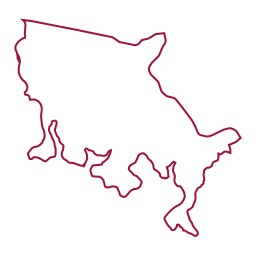 Lane Cove, New South Wales, Australia
{"feature_id": "25037944B47816389357030", "entity_name": "Lane Cove", "entity_type": "district", "adm_level": 2, "iso_a3": "AUS", "parent_name": "Australia", "parent_adm1": "New South Wales", "projection": "equal_earth", "projection_center": [151.169, -33.823], "detail": "fine", "context": "isolated", "style": "outline", "palette": "rose", "viewbox_px": 256, "rotation_deg": 0, "n_neighbors": 0, "source": "geoboundaries", "source_scale": "gbopen_adm2", "svg_char_len": 5823}
<svg xmlns="http://www.w3.org/2000/svg" viewBox="0 0 256 256"><path d="M22.9,20.0L23.9,20.9L24.6,22.0L25.2,23.3L25.5,24.6L24.8,34.3L25.2,36.0L25.0,37.7L23.7,38.1L21.8,39.0L19.4,40.7L17.7,42.6L16.3,44.5L15.7,45.8L15.4,47.1L15.4,48.3L15.5,49.4L16.8,52.5L17.6,56.3L17.5,57.2L17.7,58.6L18.1,59.4L18.3,56.2L18.5,55.9L19.3,57.7L19.8,60.4L20.0,61.6L18.9,67.3L18.7,69.7L18.7,71.3L18.9,73.1L19.6,75.1L21.2,78.1L23.0,80.4L24.4,81.3L25.6,82.7L26.5,84.2L27.2,86.0L27.4,87.8L26.9,89.7L26.6,90.3L24.8,92.5L24.8,93.4L25.1,94.4L25.5,94.7L27.4,95.0L28.6,95.6L29.4,97.0L29.9,99.7L30.2,99.8L32.3,99.5L33.7,99.5L34.6,99.6L35.9,100.0L38.3,101.3L39.2,102.1L40.1,103.3L40.9,104.8L41.6,107.1L41.8,108.7L41.7,110.3L41.1,115.4L41.3,119.0L41.8,123.8L42.5,127.4L43.5,129.6L44.1,131.7L44.6,134.6L44.6,136.6L44.3,138.0L43.8,139.6L43.1,140.1L42.9,140.4L42.6,141.9L42.1,142.8L40.6,144.3L38.4,146.0L35.4,146.9L33.8,147.2L32.3,148.0L30.9,149.4L28.3,152.9L28.0,153.4L28.0,154.6L28.7,156.1L29.6,158.7L30.4,159.0L31.8,159.0L32.2,158.8L33.4,157.4L34.5,157.2L35.9,157.2L39.1,158.1L41.7,159.5L43.6,160.8L45.3,161.3L46.2,161.0L48.1,159.4L49.8,157.8L51.1,157.3L54.7,156.5L55.1,156.1L55.5,155.0L55.6,153.7L55.6,151.0L55.7,149.4L55.5,148.4L54.7,146.1L54.6,144.4L54.4,143.0L53.6,140.8L51.9,137.4L51.1,134.8L50.2,133.3L49.3,131.4L49.1,130.4L49.0,129.4L49.1,128.1L49.4,127.0L50.1,125.8L51.5,124.4L51.6,123.8L51.8,122.2L52.2,121.4L52.9,120.9L54.6,120.7L55.4,120.7L55.9,121.0L56.4,121.7L56.6,122.7L56.4,124.6L55.6,126.9L55.1,129.3L55.0,130.3L55.3,131.8L57.1,136.2L58.3,137.3L58.9,138.3L59.1,138.9L59.3,140.5L60.0,142.1L60.8,143.1L62.8,144.8L63.5,145.8L63.5,146.2L63.2,146.9L63.3,148.6L63.2,149.2L62.9,150.2L62.2,151.6L61.8,153.3L61.7,154.9L62.1,156.4L62.6,157.2L63.8,158.7L64.8,159.5L66.3,160.3L67.7,161.6L69.1,162.6L69.9,162.9L72.1,162.9L74.4,163.4L79.4,165.1L80.6,165.7L83.2,165.6L83.6,166.3L84.1,165.9L83.6,165.3L83.9,164.9L84.5,165.1L84.6,164.8L84.1,164.6L84.0,164.3L85.0,163.6L86.4,160.7L87.1,158.5L87.0,156.1L86.7,153.9L86.3,152.8L85.0,150.2L85.3,149.1L85.9,148.6L87.2,148.7L88.8,150.2L91.4,150.6L92.7,151.1L93.6,151.9L94.1,153.2L95.5,154.3L96.8,155.0L97.9,155.4L99.6,155.2L103.0,155.8L104.7,155.7L106.4,155.0L107.1,154.4L107.8,152.6L108.5,151.6L110.1,150.4L110.9,150.2L110.8,151.2L109.9,153.9L108.7,156.8L107.7,158.4L104.7,161.3L103.0,162.2L102.3,163.2L101.8,164.5L99.9,164.7L98.6,165.1L96.6,165.0L94.9,165.3L93.8,165.2L92.6,165.7L92.1,166.3L91.3,168.1L90.8,168.7L90.5,169.4L90.4,170.1L90.8,171.9L91.3,173.9L92.2,175.9L92.6,176.2L97.0,176.7L99.2,176.7L100.6,177.3L101.8,178.3L102.9,179.5L103.5,180.6L104.3,183.4L104.8,186.0L105.2,186.7L105.6,187.0L106.5,187.4L108.9,187.3L109.9,187.2L111.9,186.4L112.6,186.4L115.4,186.6L116.8,187.3L117.5,188.0L118.4,190.5L119.2,192.0L120.1,195.2L120.7,195.7L121.8,196.1L122.8,196.8L125.0,196.8L125.8,196.4L129.5,192.1L130.1,191.2L131.1,190.4L132.0,190.2L133.8,189.0L135.6,189.0L136.9,188.7L139.0,187.5L139.7,186.9L140.3,186.1L140.6,184.8L141.5,183.1L141.7,182.3L141.4,181.3L139.9,179.4L137.8,177.2L137.0,176.4L136.2,175.9L134.4,175.2L133.5,174.6L131.4,172.1L129.3,170.1L128.9,169.5L128.8,169.0L128.9,167.9L129.3,166.8L130.4,165.3L132.0,164.3L134.6,163.0L135.5,162.1L137.1,159.0L138.2,156.1L138.7,155.3L139.3,154.6L141.5,153.5L143.3,153.3L144.2,153.6L145.2,154.6L146.3,155.4L146.9,156.1L148.1,158.6L149.1,159.6L150.9,160.9L153.0,164.1L153.3,165.3L153.6,167.8L154.2,169.0L155.0,169.8L156.0,170.3L158.5,172.1L160.0,174.1L160.2,175.9L161.4,177.4L162.3,177.9L163.8,177.7L164.4,178.3L164.8,178.5L166.2,177.9L167.2,178.0L168.6,176.6L168.3,175.3L168.0,170.7L167.5,169.2L166.9,168.0L167.0,167.1L168.2,166.7L169.6,165.8L172.3,162.7L173.7,161.7L175.4,162.8L173.9,165.4L173.2,168.3L173.0,170.4L173.2,171.5L174.0,173.1L174.8,175.7L174.8,177.0L174.4,179.5L174.5,181.2L174.7,182.2L175.5,183.7L176.9,185.6L178.1,186.2L180.2,186.4L180.7,186.8L181.9,188.3L183.0,190.2L184.2,192.8L184.7,195.7L184.7,196.8L184.4,198.0L183.3,200.4L181.7,202.8L179.4,204.7L176.7,206.0L174.0,207.8L171.1,210.3L167.5,213.9L165.4,216.5L165.0,217.2L164.5,218.5L164.6,219.7L167.2,224.2L169.3,226.9L170.4,227.7L170.9,228.8L171.6,229.8L173.6,230.1L174.3,229.8L175.3,228.8L176.7,226.7L177.0,226.1L176.9,225.1L177.1,224.7L178.3,224.6L179.1,225.0L179.7,225.5L179.8,226.5L180.9,226.9L181.9,227.9L182.9,229.1L183.0,230.0L183.5,230.6L184.5,230.4L188.3,232.7L189.9,233.4L191.5,233.9L195.0,236.0L196.4,235.6L197.7,234.4L197.9,233.7L197.8,232.9L197.4,231.7L193.6,226.8L192.7,225.4L192.1,223.3L189.9,219.9L189.2,218.2L189.3,218.0L188.1,214.6L187.4,212.4L187.4,211.4L187.7,210.6L188.6,209.6L189.7,209.4L192.2,207.3L192.7,206.7L193.4,204.6L195.3,200.2L195.5,197.2L195.3,193.1L196.1,191.2L197.2,189.1L198.2,188.0L200.6,186.7L201.1,186.2L201.9,184.8L203.5,183.7L203.3,183.1L203.6,181.3L203.8,181.0L203.9,180.5L204.1,180.4L204.3,178.9L204.1,177.7L203.6,175.8L203.7,173.7L204.1,172.2L204.0,170.8L204.1,170.6L205.0,169.4L206.9,167.9L207.5,167.7L209.2,167.7L211.7,166.1L212.6,163.2L213.0,162.5L214.2,161.7L217.0,160.6L217.8,160.1L218.3,158.7L218.4,156.4L218.6,156.0L218.2,154.0L218.3,153.5L219.9,154.3L221.2,154.1L224.2,151.7L226.9,151.7L229.2,152.5L229.6,153.0L230.4,153.1L230.3,148.9L228.9,144.9L235.6,142.2L240.6,138.0L236.9,131.9L235.9,130.8L234.7,129.9L231.5,128.5L230.0,128.2L227.4,128.6L226.0,129.1L223.2,129.8L212.5,135.1L209.2,136.3L206.4,136.5L200.2,135.0L198.8,134.0L197.6,132.2L195.0,125.9L191.8,120.1L183.5,109.0L175.9,99.4L174.8,98.5L173.3,97.8L166.6,96.1L163.3,93.3L161.5,91.2L161.2,90.6L158.2,81.8L150.8,74.4L149.2,71.1L149.0,69.6L148.9,68.3L149.2,67.2L149.8,65.9L151.9,62.7L158.0,56.7L158.9,55.7L159.6,54.3L162.4,47.3L165.1,43.1L165.6,41.2L165.6,39.5L164.2,33.2L155.6,34.1L151.8,36.6L148.2,38.6L141.9,40.1L139.4,43.1L138.5,43.9L136.7,44.9L135.0,45.2L119.4,42.0L113.2,37.7L112.2,37.2L75.7,29.7L40.5,22.8L30.6,20.9L22.9,20.0Z" fill="none" stroke="#9f1239" stroke-width="2"/></svg>